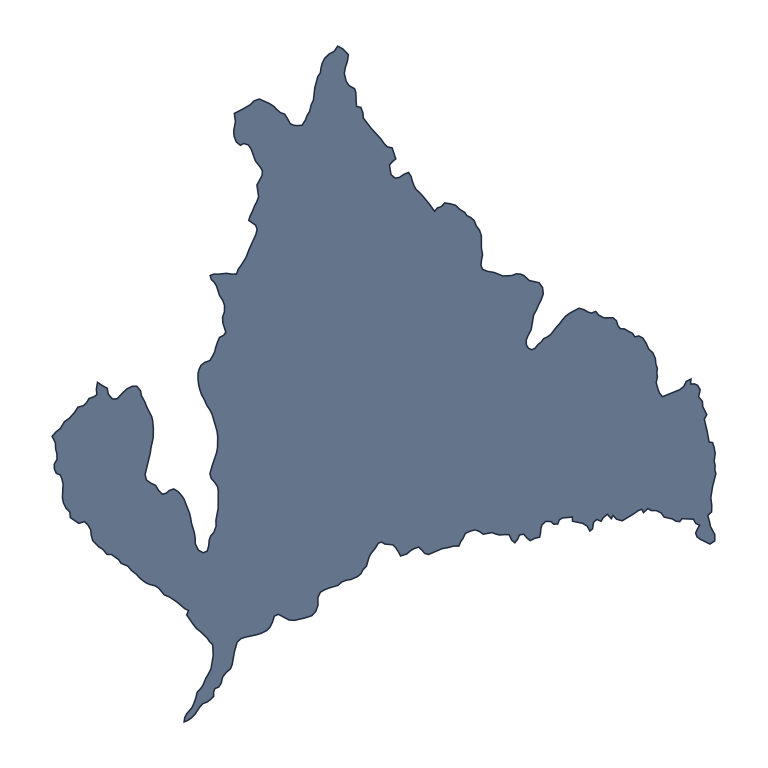 the district of Riacho dos Machados, Minas Gerais, Brazil
{"feature_id": "56859067B56207215470849", "entity_name": "Riacho dos Machados", "entity_type": "district", "adm_level": 2, "iso_a3": "BRA", "parent_name": "Brazil", "parent_adm1": "Minas Gerais", "projection": "natural_earth1", "projection_center": [-43.01, -16.044], "detail": "fine", "context": "isolated", "style": "filled", "palette": "slate", "viewbox_px": 768, "rotation_deg": 0, "n_neighbors": 0, "source": "geoboundaries", "source_scale": "gbopen_adm2", "svg_char_len": 6077}
<svg xmlns="http://www.w3.org/2000/svg" viewBox="0 0 768 768"><path d="M184.1,721.9L187.6,720.5L191.4,718.0L195.2,714.0L199.6,707.3L202.9,703.6L207.0,702.1L210.1,699.9L213.7,696.4L213.6,692.1L215.0,688.5L218.7,687.1L221.2,683.1L222.7,677.0L226.0,672.7L230.5,668.8L232.2,664.5L234.3,652.4L237.1,642.3L240.8,638.7L245.2,637.2L256.2,634.9L261.2,633.3L266.5,630.7L269.8,627.5L272.4,622.4L274.4,616.1L278.3,614.3L289.0,620.0L294.4,620.4L304.8,618.0L311.9,615.7L315.8,611.3L318.0,605.2L317.9,597.5L320.4,592.2L324.4,589.9L329.0,588.0L338.0,585.4L341.7,582.0L346.5,580.2L350.9,579.5L357.7,576.5L361.0,573.6L363.1,569.6L366.5,566.1L369.0,557.3L370.7,554.0L375.8,547.5L378.3,543.2L381.6,542.1L384.9,544.1L392.8,544.8L395.6,547.5L398.2,551.5L400.6,556.0L406.9,553.9L410.7,550.6L414.4,548.5L418.5,547.1L421.9,550.1L424.7,553.4L428.5,554.5L442.3,548.6L448.6,547.5L453.6,546.1L458.9,546.1L460.7,541.7L462.9,538.7L465.3,533.5L470.3,531.1L475.2,529.9L479.5,531.5L483.1,534.2L492.0,532.6L496.2,534.2L499.5,535.0L504.7,534.6L509.1,534.7L511.6,540.0L514.8,542.8L517.6,539.4L519.5,535.0L523.7,534.2L527.0,538.0L530.2,540.7L534.8,538.3L539.6,537.2L540.5,533.3L540.9,528.8L542.0,524.9L545.7,521.4L551.0,521.6L553.6,524.2L557.8,524.0L559.3,519.9L562.4,518.0L572.3,517.1L572.5,521.2L582.8,523.4L587.2,526.2L589.9,531.1L592.6,528.8L593.5,522.3L596.8,519.5L601.1,521.3L603.3,517.6L607.3,514.3L611.3,518.7L613.0,515.4L616.5,519.2L622.2,520.8L633.7,513.9L638.2,510.6L641.7,509.3L643.5,512.6L647.9,508.5L651.2,510.6L656.4,510.6L661.2,513.0L664.1,517.1L672.4,519.0L676.2,521.3L679.7,521.6L682.1,518.7L693.4,519.2L695.7,523.4L699.6,525.3L697.4,529.0L695.6,533.1L697.0,536.8L699.9,539.1L709.9,544.1L714.8,540.9L714.8,534.6L710.5,526.6L709.5,521.6L707.8,515.4L711.6,511.9L711.8,505.2L710.8,497.9L712.6,486.4L715.9,473.7L714.9,470.0L715.1,465.4L714.2,461.0L715.2,453.3L714.0,446.8L712.5,442.5L709.1,442.0L707.0,430.4L704.3,419.2L706.8,414.7L702.8,406.7L702.4,401.3L698.6,396.9L700.2,389.7L697.6,385.3L694.5,383.9L690.6,384.0L691.0,379.0L686.2,381.4L683.8,386.4L679.9,389.6L662.5,396.7L659.5,393.0L657.9,388.7L656.2,382.7L657.4,376.9L656.8,372.6L657.4,368.4L655.9,364.2L655.4,358.5L652.8,352.7L648.7,349.0L646.0,342.9L642.8,338.0L638.7,335.9L634.9,336.9L632.4,333.2L628.1,331.1L624.6,328.9L620.5,328.7L618.0,325.9L616.4,320.7L612.9,317.7L603.8,317.8L598.7,315.1L595.7,311.4L591.4,313.1L587.6,311.9L584.1,309.7L579.0,308.2L570.0,313.0L565.9,315.9L562.1,320.2L559.8,323.5L556.7,326.8L550.9,334.3L547.4,336.9L543.7,338.6L540.9,342.3L538.0,344.5L535.2,348.1L531.9,349.8L528.4,348.2L526.4,344.9L526.2,340.3L527.9,335.9L531.2,329.7L533.6,315.1L536.5,309.9L538.7,304.7L541.1,300.0L543.3,293.9L542.6,287.6L539.1,282.7L529.3,280.5L523.9,275.5L520.5,274.1L516.3,273.8L512.0,275.5L503.0,276.0L494.3,272.5L486.9,271.2L482.6,269.3L481.0,265.6L481.4,260.8L482.6,254.8L481.4,248.1L481.4,235.9L479.5,230.2L476.2,225.7L474.3,220.7L470.9,217.6L466.8,215.5L464.7,212.4L459.6,209.2L455.6,205.3L450.5,203.8L444.7,202.9L441.6,206.4L437.4,207.9L434.6,211.3L429.8,204.6L422.4,195.6L419.1,192.1L416.1,189.5L414.1,185.8L412.4,181.3L411.1,176.4L408.5,172.4L403.7,174.4L399.5,177.4L395.1,178.1L391.0,174.6L389.5,165.0L392.8,161.3L395.8,158.9L392.1,147.8L387.5,146.9L384.4,143.9L380.9,138.9L371.2,128.3L363.4,118.1L362.9,112.8L360.9,107.4L356.6,106.4L356.2,101.8L355.9,92.7L354.6,88.7L349.1,85.6L346.2,81.3L344.3,73.3L345.4,67.3L347.5,61.0L348.4,54.7L342.8,48.9L337.7,46.1L334.3,51.2L329.4,53.8L324.8,58.1L322.0,63.6L320.9,68.5L320.4,72.7L317.8,76.5L314.8,87.6L313.4,100.1L311.2,104.7L309.7,111.2L307.1,115.6L305.3,120.2L302.0,125.3L297.2,125.6L293.7,125.3L290.2,123.6L287.2,118.1L284.7,114.1L280.4,112.6L276.9,109.6L274.0,106.5L269.4,103.5L259.3,99.0L254.0,100.9L250.3,104.7L241.8,109.6L234.3,113.4L235.4,121.5L233.7,131.0L234.1,136.4L236.3,142.0L240.4,145.3L243.7,143.5L248.5,145.0L251.2,149.3L255.4,161.0L260.6,167.6L262.4,171.2L262.0,175.6L256.9,185.0L258.6,196.9L256.6,202.1L254.6,205.7L252.5,211.1L250.1,216.1L248.7,220.4L255.6,225.2L257.1,229.3L256.0,234.1L249.2,249.1L245.9,257.7L240.9,265.6L238.3,269.1L236.5,274.0L231.9,274.1L226.5,273.3L217.9,274.2L214.2,274.0L210.1,275.5L211.3,279.5L214.3,282.4L216.6,286.3L219.4,295.2L222.9,300.8L224.5,305.3L224.4,311.9L222.5,317.4L222.9,323.2L225.8,332.2L223.6,335.4L219.6,337.3L217.6,341.8L215.6,347.7L214.7,351.8L212.6,355.9L209.9,360.5L204.7,362.4L201.0,365.3L199.0,369.5L198.0,373.4L198.0,378.8L198.6,384.6L199.7,389.2L201.5,394.6L204.1,399.2L206.7,405.2L209.9,409.9L212.1,414.3L217.0,431.1L217.7,436.7L217.5,447.8L216.5,452.9L212.1,465.9L209.9,473.7L211.2,478.4L215.0,482.7L217.6,486.8L218.2,490.8L218.2,508.0L215.9,520.3L216.1,526.2L213.9,532.2L210.7,535.9L209.2,540.0L208.7,545.7L207.2,551.1L203.2,552.8L198.4,550.1L195.3,543.9L195.2,538.1L194.4,532.9L191.5,523.1L190.7,518.2L189.7,513.6L183.9,498.8L181.4,495.3L178.1,491.6L173.8,488.9L169.4,490.4L166.4,493.1L162.4,494.2L158.6,490.4L155.6,485.4L150.8,483.1L146.4,479.9L145.1,474.5L150.3,453.0L151.0,447.9L153.2,437.8L153.4,429.0L152.7,420.7L151.7,416.6L146.7,406.8L145.1,402.5L141.4,395.5L140.5,390.7L136.8,386.2L132.4,386.2L126.9,388.9L123.1,392.4L117.0,398.9L112.3,398.9L108.3,394.1L107.2,388.2L102.6,385.7L97.5,382.3L96.3,389.4L96.9,394.6L94.0,396.7L89.0,398.5L86.6,402.6L83.4,405.7L78.0,407.1L74.3,412.7L69.5,418.1L64.5,421.6L60.2,428.6L55.9,432.0L52.1,436.3L55.4,442.8L55.6,448.9L56.9,453.8L57.0,459.4L54.2,464.2L54.4,469.1L56.3,473.4L60.3,475.0L61.8,478.7L63.1,483.9L62.4,497.4L63.3,502.6L66.1,508.3L69.9,512.1L70.3,517.6L78.9,523.4L84.4,521.6L87.9,524.9L90.7,529.9L91.3,535.5L92.7,540.6L98.8,546.9L103.0,549.5L106.9,554.4L111.5,554.5L118.7,559.7L121.2,563.4L127.8,566.1L131.5,570.5L136.5,574.4L139.3,577.6L142.7,580.5L146.3,583.0L149.7,584.5L154.5,585.6L158.6,588.0L164.3,594.9L169.2,596.9L176.9,602.0L184.9,608.8L188.5,610.4L186.7,615.0L193.0,624.1L196.4,628.5L200.2,631.4L207.2,638.1L209.5,641.6L212.7,644.8L213.2,655.6L211.0,668.8L208.0,674.6L205.9,678.1L202.7,685.7L200.5,688.7L197.2,692.2L195.7,698.2L193.9,703.4L191.9,707.7L186.8,713.6L184.7,717.6L184.1,721.9Z" fill="#64748b" stroke="#1e293b" stroke-width="1.5"/></svg>